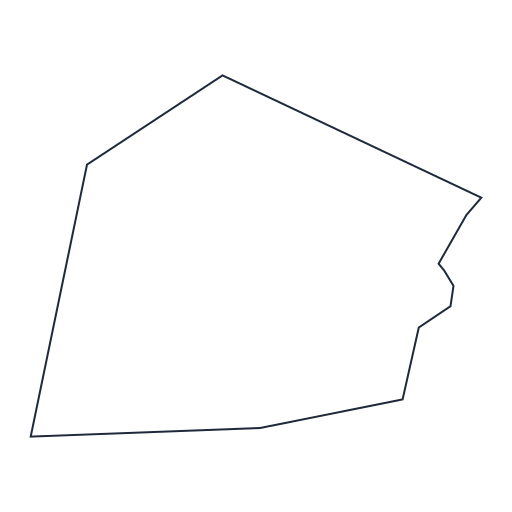 the Highly Urbanized City of Iloilo
{"feature_id": "PHL-5526", "entity_name": "Iloilo", "entity_type": "Highly Urbanized City", "adm_level": 1, "iso_a3": "PHL", "parent_name": "Philippines", "parent_adm1": "", "projection": "albers", "projection_center": [122.575, 10.743], "detail": "fine", "context": "isolated", "style": "outline", "palette": "slate", "viewbox_px": 512, "rotation_deg": 0, "n_neighbors": 0, "source": "natural_earth", "source_scale": "10m", "svg_char_len": 280}
<svg xmlns="http://www.w3.org/2000/svg" viewBox="0 0 512 512"><path d="M481.3,197.7L466.4,215.0L438.6,263.7L444.3,270.7L453.5,285.9L450.5,306.2L418.8,327.5L402.6,399.4L260.0,428.0L30.7,436.6L87.0,164.6L222.5,75.4L481.3,197.7Z" fill="none" stroke="#1e293b" stroke-width="2"/></svg>